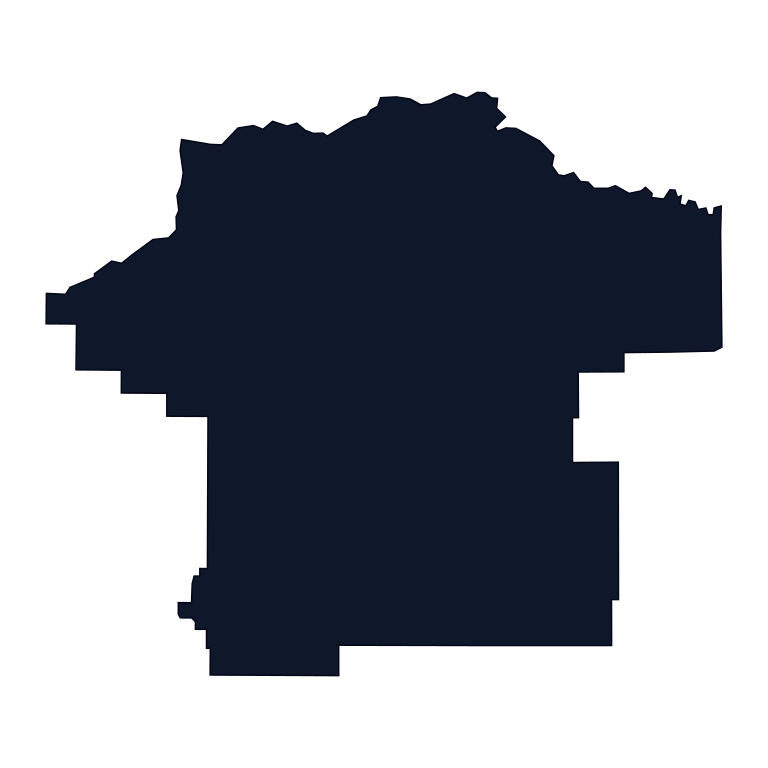 Fergus, Montana, United States of America
{"feature_id": "52423323B78350254169846", "entity_name": "Fergus", "entity_type": "district", "adm_level": 2, "iso_a3": "USA", "parent_name": "United States of America", "parent_adm1": "Montana", "projection": "albers", "projection_center": [-109.214, 47.248], "detail": "fine", "context": "isolated", "style": "filled", "palette": "ink", "viewbox_px": 768, "rotation_deg": 0, "n_neighbors": 0, "source": "geoboundaries", "source_scale": "gbopen_adm2", "svg_char_len": 1615}
<svg xmlns="http://www.w3.org/2000/svg" viewBox="0 0 768 768"><path d="M721.2,206.0L714.2,207.9L713.2,214.7L708.0,214.7L705.9,208.0L698.2,209.5L695.1,201.9L688.7,200.4L685.9,205.8L680.0,204.0L681.3,195.7L677.5,197.3L675.1,190.2L670.0,189.7L663.8,199.0L651.5,197.5L652.1,193.4L645.5,187.3L641.1,190.9L629.1,193.4L615.4,185.7L608.2,188.3L594.0,188.3L588.0,182.1L580.3,181.5L573.6,172.6L564.2,175.8L558.4,174.9L551.9,165.8L553.9,155.7L539.7,141.0L515.9,128.4L505.9,127.9L497.4,131.3L495.1,127.2L505.5,116.9L496.6,108.3L497.6,98.3L491.5,97.9L485.0,92.7L477.1,92.4L466.7,98.1L454.1,93.6L430.5,104.1L420.8,104.8L410.2,99.0L396.2,96.9L380.6,97.7L377.8,106.3L371.0,109.8L366.9,116.0L353.9,120.0L327.1,136.1L323.1,133.1L313.4,133.4L305.2,130.3L296.9,123.2L287.1,126.1L272.6,121.3L263.0,129.3L253.5,125.6L238.0,128.0L221.9,144.8L210.4,144.4L181.6,139.5L180.1,150.4L183.2,172.8L181.3,185.1L177.0,195.5L178.8,210.5L176.1,216.8L176.5,229.7L168.6,237.9L153.0,239.5L131.6,255.2L121.6,263.3L111.7,261.1L94.5,273.7L94.3,277.2L70.0,287.4L65.6,294.3L46.4,293.4L46.1,323.8L76.5,324.0L76.0,369.8L121.4,370.2L121.3,393.0L166.8,393.3L166.8,416.2L208.0,416.4L207.4,568.6L199.8,568.5L199.8,576.1L194.1,576.1L192.2,583.7L191.5,602.7L178.3,602.6L178.3,614.0L180.2,617.8L191.6,617.9L195.4,621.7L195.4,629.3L206.5,629.3L206.5,648.3L210.3,648.3L210.1,674.7L210.1,675.0L338.7,675.6L338.7,645.2L475.4,645.5L611.6,645.5L611.5,599.6L618.5,599.6L618.3,462.2L572.5,462.5L572.5,417.7L578.5,417.7L578.2,372.0L623.9,371.8L623.9,352.6L669.0,352.1L714.4,351.0L721.9,347.1L720.6,233.7L721.2,206.0Z" fill="#0f172a" stroke="#020617" stroke-width="1.5"/></svg>